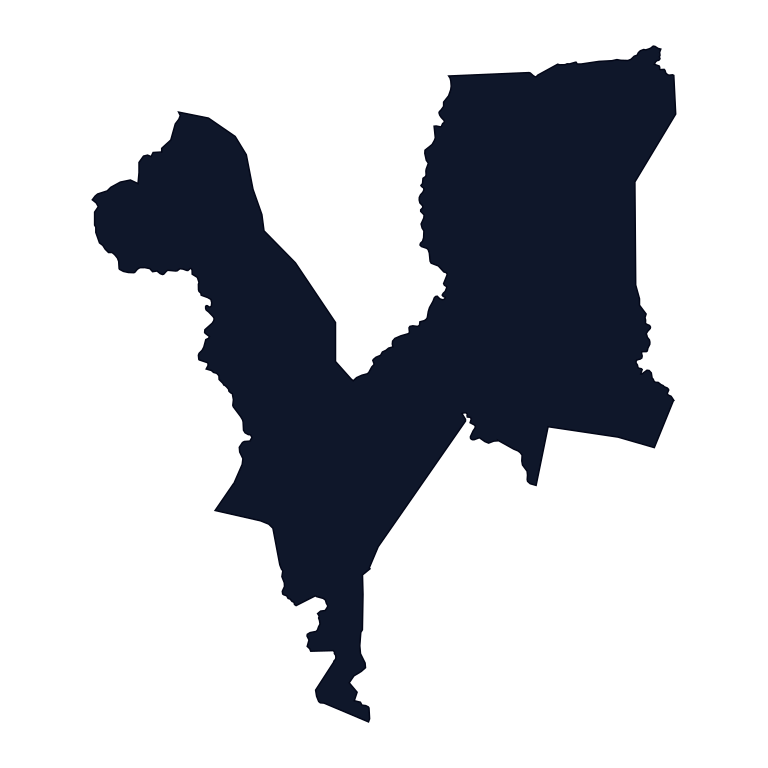 Central Forest Reserve, Soufrière, Saint Lucia (orthographic projection)
{"feature_id": "8701671B48782263961868", "entity_name": "Central Forest Reserve", "entity_type": "district", "adm_level": 2, "iso_a3": "LCA", "parent_name": "Saint Lucia", "parent_adm1": "Soufrière", "projection": "orthographic", "projection_center": [-60.974, 13.868], "detail": "fine", "context": "isolated", "style": "filled", "palette": "ink", "viewbox_px": 768, "rotation_deg": 0, "n_neighbors": 0, "source": "geoboundaries", "source_scale": "gbopen_adm2", "svg_char_len": 6064}
<svg xmlns="http://www.w3.org/2000/svg" viewBox="0 0 768 768"><path d="M424.8,153.4L426.3,160.3L428.2,163.0L428.2,163.7L426.2,169.1L425.9,171.0L426.1,174.7L425.7,176.4L423.0,178.3L422.5,183.6L420.9,185.4L421.5,186.4L423.7,188.1L423.9,190.0L422.7,192.4L420.5,194.8L419.3,197.4L419.2,200.0L419.9,202.9L422.6,205.8L422.8,207.0L422.4,208.1L420.7,209.8L420.7,211.4L424.1,214.9L423.8,218.0L421.1,224.0L422.1,228.0L423.9,230.9L423.6,237.8L422.5,241.3L420.5,243.2L420.0,245.0L421.4,246.5L426.7,248.3L428.1,249.5L429.3,253.0L430.1,261.2L431.2,263.2L438.3,265.9L443.8,271.9L446.5,272.8L447.2,274.6L443.6,283.6L444.4,285.2L446.6,286.6L446.6,287.9L445.2,291.4L443.2,293.3L442.2,295.1L443.2,296.4L445.3,297.4L445.2,298.1L444.2,299.3L442.4,299.7L439.8,298.8L437.2,296.2L435.6,296.5L434.3,297.8L433.0,301.3L429.5,307.6L428.3,311.5L427.3,317.6L426.4,319.1L424.4,320.6L419.9,321.8L419.5,325.1L418.4,326.1L417.2,326.4L412.8,325.8L409.9,326.4L409.0,327.8L409.4,332.1L409.0,333.1L408.2,333.7L400.9,335.8L394.9,338.4L392.6,341.1L392.3,344.0L392.9,346.9L388.6,348.1L386.0,350.3L382.4,352.0L380.6,355.3L376.0,357.2L373.4,359.4L372.8,360.4L373.9,363.3L374.0,364.6L371.8,366.9L368.7,372.6L367.2,373.8L361.9,375.2L356.6,377.6L353.2,380.8L351.1,379.0L335.5,361.5L335.5,322.5L295.4,262.8L264.0,230.8L261.9,214.6L253.0,189.3L246.3,154.7L235.2,136.5L208.5,118.1L178.6,112.1L180.3,115.6L178.8,119.3L175.3,123.9L170.8,140.0L161.7,148.3L161.7,152.0L153.1,152.5L151.1,156.6L147.6,155.1L143.5,156.1L139.0,162.4L139.0,172.7L138.0,183.6L130.4,180.0L120.3,182.1L110.8,187.3L107.2,190.9L97.6,194.0L95.1,196.1L92.3,199.8L96.2,202.9L98.3,206.7L94.6,212.1L94.6,225.1L95.8,227.2L95.8,232.4L99.5,242.9L102.8,245.4L105.2,249.2L108.5,252.5L112.1,252.5L114.6,254.6L117.4,258.0L118.7,261.4L119.1,268.5L119.5,269.3L123.4,271.4L128.4,272.5L133.7,272.7L134.7,272.4L137.4,269.2L139.8,267.7L144.8,267.6L149.8,268.6L152.6,271.7L157.0,271.0L160.3,273.7L162.5,274.5L163.7,274.2L166.7,270.9L167.9,270.3L175.7,271.0L177.2,270.8L179.9,268.7L183.1,269.1L186.6,270.4L187.9,270.5L190.3,268.4L191.1,268.6L191.8,269.3L192.1,270.5L192.2,274.2L197.1,277.2L197.6,278.1L199.0,282.5L198.4,284.2L198.5,289.8L199.0,291.4L200.9,293.2L201.2,295.2L207.6,297.5L210.9,299.4L211.7,302.6L211.4,305.9L210.2,307.1L209.2,307.0L207.3,305.7L206.2,305.7L205.6,306.7L205.7,308.8L206.3,310.1L208.6,311.9L213.2,316.7L214.1,318.4L214.0,319.5L213.7,320.8L212.2,323.2L204.9,329.7L204.6,332.3L205.1,333.2L209.5,336.6L208.5,338.3L205.8,339.6L203.8,347.1L202.1,350.3L199.1,353.3L198.4,355.2L198.8,359.3L199.2,359.9L207.3,362.6L208.0,363.4L208.0,365.6L206.2,369.0L211.4,370.5L213.5,372.4L216.7,373.3L218.9,375.7L219.1,379.5L222.8,383.2L223.9,385.1L224.5,385.1L226.4,386.7L228.5,389.1L229.0,391.3L230.9,393.0L232.3,393.6L233.4,399.7L232.8,405.3L233.3,406.8L240.6,416.5L242.5,419.7L243.1,421.9L243.5,430.2L245.1,432.8L248.3,434.6L250.5,434.8L252.0,437.4L249.9,441.1L244.3,441.5L242.5,442.5L239.3,447.3L239.7,452.0L242.9,458.6L242.2,464.4L233.6,484.1L233.3,484.0L215.1,510.5L260.5,520.8L268.7,524.1L272.9,528.2L279.8,564.8L281.4,569.0L282.8,570.8L281.9,576.6L284.3,582.8L284.5,586.5L282.3,591.3L282.7,594.0L283.6,594.7L286.7,595.8L288.1,598.4L290.2,599.1L292.0,601.4L294.0,602.3L294.5,604.5L296.1,605.6L315.4,595.8L316.6,596.6L323.2,598.4L325.4,600.0L326.4,603.4L327.6,605.4L327.6,606.7L325.2,610.5L320.6,611.1L317.6,613.6L319.2,616.1L318.6,618.0L319.5,620.6L320.0,624.1L318.6,626.7L317.5,629.9L316.2,631.4L310.1,632.6L307.3,634.3L307.0,636.0L309.0,640.0L307.2,646.4L309.7,648.7L310.7,651.2L333.3,650.6L334.4,651.9L334.4,653.6L335.6,655.2L335.9,657.4L335.5,659.3L333.9,661.1L333.6,662.3L315.6,690.1L316.6,696.3L318.7,701.5L320.3,702.8L324.0,703.1L368.5,721.9L369.6,718.8L369.0,708.0L368.3,706.9L365.7,705.6L361.9,705.1L360.4,702.2L354.3,700.7L357.1,692.2L349.2,682.8L353.9,675.9L361.3,671.4L365.5,667.7L365.1,663.0L360.5,653.7L359.8,645.8L360.8,632.4L362.4,629.8L363.0,594.4L362.5,574.9L370.0,568.8L369.3,567.8L378.2,546.7L465.5,421.1L465.5,419.3L462.0,413.6L463.6,412.9L465.7,412.8L466.6,413.2L467.3,414.4L467.0,415.5L467.3,417.0L470.1,417.3L471.3,418.8L470.1,422.7L474.4,425.0L475.3,425.9L475.0,428.1L473.1,430.9L470.4,436.7L470.5,438.2L471.3,439.2L472.4,439.7L474.2,439.7L479.4,437.7L484.9,441.6L488.6,443.1L493.8,441.1L498.1,440.8L497.9,440.3L513.7,449.1L518.0,450.9L520.2,452.6L522.1,455.2L521.8,460.9L522.5,465.0L527.1,471.2L527.5,475.1L527.2,479.6L527.6,481.4L530.2,483.7L536.1,485.4L548.1,426.7L618.0,437.1L654.3,447.6L673.3,400.9L673.9,400.5L671.1,396.3L668.4,395.1L667.5,394.2L667.4,393.0L668.7,390.1L668.5,389.3L667.3,388.0L664.2,386.7L663.2,385.6L661.1,384.7L658.2,382.4L655.6,382.3L654.2,381.6L653.2,379.2L652.1,378.0L651.3,372.9L649.1,370.5L647.0,370.2L641.9,374.0L640.7,373.9L642.2,369.5L641.3,368.7L638.8,368.2L638.0,367.6L637.4,364.9L636.1,363.0L636.0,361.4L637.0,359.9L640.2,359.1L641.8,358.0L642.2,356.0L641.5,353.1L641.9,351.7L646.5,351.6L647.3,350.9L647.9,348.1L649.8,344.3L649.9,342.1L649.4,339.9L647.3,337.2L646.8,335.0L646.1,334.0L647.6,331.4L650.2,328.5L650.5,327.1L649.6,325.5L646.4,324.1L645.5,323.2L645.6,320.0L645.0,317.7L646.1,314.0L639.5,305.2L639.5,298.8L635.7,285.0L634.9,181.9L675.7,114.1L673.8,75.4L672.6,74.8L668.7,75.2L666.9,74.1L665.8,73.0L665.0,70.4L664.2,69.4L660.1,69.6L659.7,69.4L659.7,67.2L659.2,66.0L654.3,64.3L655.7,61.7L657.1,60.6L658.8,60.3L660.0,58.8L659.4,56.9L660.0,55.3L659.6,52.3L660.8,49.1L658.1,48.4L655.0,46.4L653.2,46.1L650.6,48.2L648.6,49.0L645.7,49.9L643.7,49.5L640.3,50.8L638.4,52.6L637.1,55.2L634.2,56.2L631.0,59.3L628.0,60.5L620.8,60.3L616.9,59.6L612.0,60.7L598.9,61.4L581.3,64.0L577.2,64.0L576.1,62.2L575.5,62.2L569.6,63.9L567.1,63.8L565.1,64.7L559.6,64.8L557.7,64.2L537.8,75.1L536.2,76.8L535.3,76.9L533.3,75.7L530.3,73.0L529.0,72.6L448.7,76.0L450.1,78.2L450.8,81.0L451.2,86.2L450.7,89.8L448.6,95.8L443.6,102.1L443.6,106.4L441.0,110.0L439.4,111.6L439.0,112.8L439.7,115.1L441.2,117.4L444.1,120.5L444.3,122.0L443.5,123.2L442.7,123.4L441.4,126.4L440.7,126.9L436.2,126.0L434.1,126.2L435.3,137.9L434.4,140.4L432.1,144.5L425.0,150.2L424.8,153.4Z" fill="#0f172a" stroke="#020617" stroke-width="1.5"/></svg>